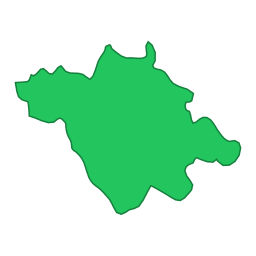 the border of Tlaxcala
{"feature_id": "MEX-2726", "entity_name": "Tlaxcala", "entity_type": "State", "adm_level": 1, "iso_a3": "MEX", "parent_name": "Mexico", "parent_adm1": "", "projection": "equal_earth", "projection_center": [-98.173, 19.419], "detail": "fine", "context": "isolated", "style": "filled", "palette": "green", "viewbox_px": 256, "rotation_deg": 0, "n_neighbors": 0, "source": "natural_earth", "source_scale": "10m", "svg_char_len": 2817}
<svg xmlns="http://www.w3.org/2000/svg" viewBox="0 0 256 256"><path d="M109.3,44.9L110.3,45.2L110.9,46.4L111.5,48.0L112.3,49.2L116.8,52.8L121.4,56.1L126.4,58.0L131.6,57.9L134.4,58.1L137.2,58.3L140.0,58.4L142.8,58.1L146.1,56.7L146.8,54.2L146.4,50.7L146.0,45.9L148.2,41.8L152.1,45.2L155.2,52.6L155.1,60.8L152.7,65.4L153.9,68.0L157.2,69.2L161.0,70.0L164.8,72.3L167.5,75.9L170.0,79.9L173.2,83.5L178.8,86.4L187.3,89.3L193.4,93.5L191.7,100.8L189.6,102.0L187.6,101.9L186.0,102.3L185.2,105.2L185.4,107.8L186.1,109.6L187.4,110.8L189.3,111.3L190.5,114.8L191.4,119.7L193.0,123.1L196.3,122.0L199.7,119.1L203.2,117.4L206.8,117.5L210.6,119.9L213.1,123.0L215.3,126.4L217.4,129.9L219.8,133.2L221.8,135.9L224.1,138.4L226.6,140.3L229.2,141.4L234.8,140.6L238.9,142.9L240.6,147.9L239.1,155.3L235.0,161.4L229.3,165.1L223.1,165.4L217.8,161.2L217.5,160.9L217.1,160.4L216.9,159.9L216.7,159.3L213.0,162.1L207.2,161.7L201.1,159.6L196.5,157.6L195.5,158.5L194.5,159.7L193.8,161.2L193.1,162.9L190.6,163.8L188.2,165.0L186.2,166.8L185.0,169.8L185.0,170.1L184.9,170.3L184.9,170.6L184.9,170.8L186.7,176.0L190.1,180.6L192.6,185.0L191.5,189.8L189.9,191.9L188.2,193.8L186.5,195.7L184.8,197.7L180.3,200.5L175.6,199.8L171.0,197.2L166.4,194.3L165.2,193.6L164.0,192.9L162.8,192.2L161.6,191.5L160.7,191.0L159.9,190.5L159.1,190.1L158.2,189.6L158.0,189.4L156.2,188.4L154.3,187.4L152.5,186.4L150.8,185.8L147.1,192.5L143.1,200.2L138.8,206.3L133.9,208.6L129.5,209.7L125.4,212.4L121.3,214.2L116.7,212.5L115.0,209.6L113.3,206.5L111.8,203.4L110.1,200.4L109.8,199.8L109.5,199.3L109.1,198.9L108.8,198.5L108.5,198.2L108.3,198.0L108.1,197.7L107.9,197.5L107.1,196.6L106.3,195.7L105.5,194.8L104.7,193.9L104.1,193.2L103.5,192.5L102.9,191.9L102.2,191.3L101.5,190.5L100.7,189.7L99.9,189.0L99.1,188.3L98.8,188.1L98.5,187.8L98.2,187.6L97.8,187.3L96.2,186.2L94.6,184.9L93.0,183.5L91.6,181.8L90.5,180.3L89.6,178.7L88.7,176.9L88.1,175.0L87.4,173.0L86.7,171.1L86.1,169.1L85.5,167.1L83.9,162.4L81.8,158.5L79.2,155.1L76.0,152.0L75.5,151.6L74.9,151.2L74.4,150.9L73.8,150.6L72.0,148.5L71.6,145.7L71.3,142.5L69.9,139.2L68.3,136.4L67.1,133.3L66.3,130.0L65.9,126.5L65.9,125.4L65.9,124.3L65.6,123.4L65.3,122.5L62.0,119.1L59.8,118.1L57.4,119.2L53.8,122.1L48.4,122.6L41.7,120.7L35.0,117.9L29.3,116.0L29.1,112.4L28.9,108.9L28.5,105.4L28.0,101.8L21.7,99.6L18.5,96.6L16.9,91.4L15.4,82.6L17.9,82.4L20.4,82.3L23.0,82.1L25.6,81.9L27.8,81.5L29.2,80.0L30.2,77.7L31.2,74.8L33.5,75.8L35.9,74.4L38.3,71.9L40.6,69.3L43.4,68.6L46.1,70.8L48.9,73.5L52.2,74.1L55.0,71.4L58.0,67.5L61.0,65.8L64.1,69.5L64.5,70.1L65.0,70.7L65.5,71.2L66.1,71.6L70.0,73.0L74.3,73.2L78.7,73.4L83.0,74.5L83.6,75.0L84.3,75.5L85.0,76.0L85.7,76.6L89.9,79.4L93.1,76.0L95.6,69.5L97.7,62.9L99.1,59.7L100.8,56.8L102.6,54.2L104.4,51.4L105.3,49.0L105.4,47.5L106.1,46.3L109.3,44.9Z" fill="#22c55e" stroke="#15803d" stroke-width="1.5"/></svg>